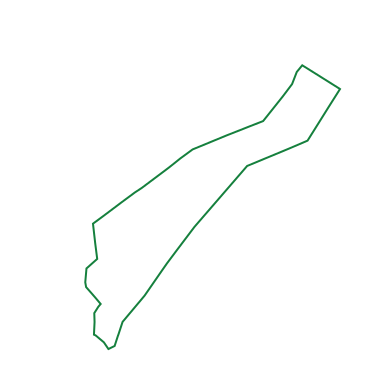 outline of Hojambaz, Chardzhou, Turkmenistan, rotated 220°
{"feature_id": "10190150B33787597924926", "entity_name": "Hojambaz", "entity_type": "district", "adm_level": 2, "iso_a3": "TKM", "parent_name": "Turkmenistan", "parent_adm1": "Chardzhou", "projection": "mercator", "projection_center": [64.12, 37.845], "detail": "fine", "context": "isolated", "style": "outline", "palette": "green", "viewbox_px": 384, "rotation_deg": 220, "n_neighbors": 0, "source": "geoboundaries", "source_scale": "gbopen_adm2", "svg_char_len": 790}
<svg xmlns="http://www.w3.org/2000/svg" viewBox="0 0 384 384"><g transform="rotate(220 192 192)"><path d="M155.1,18.0L152.3,24.3L156.5,34.7L156.5,34.9L161.7,47.9L161.7,48.2L161.7,82.1L164.5,112.2L165.3,121.2L166.2,137.4L167.7,166.9L166.5,247.4L145.6,287.6L136.5,305.6L139.3,325.9L142.0,345.2L144.8,366.0L145.1,366.0L165.4,363.2L185.6,360.4L189.0,359.9L188.9,351.3L184.8,339.3L184.7,339.0L183.9,323.6L183.1,292.1L183.5,291.3L189.8,279.8L201.8,257.7L218.9,225.0L222.5,210.3L225.4,195.9L233.1,162.8L235.5,154.8L239.5,138.1L244.4,116.9L247.5,104.1L233.4,90.7L221.6,79.8L222.6,73.0L223.7,65.6L215.7,54.2L212.0,51.1L198.5,49.0L190.0,47.5L190.0,47.2L190.0,43.8L189.0,36.4L183.1,29.8L175.4,19.7L173.7,20.2L164.7,20.2L162.9,20.2L155.1,18.0Z" fill="none" stroke="#15803d" stroke-width="2"/></g></svg>